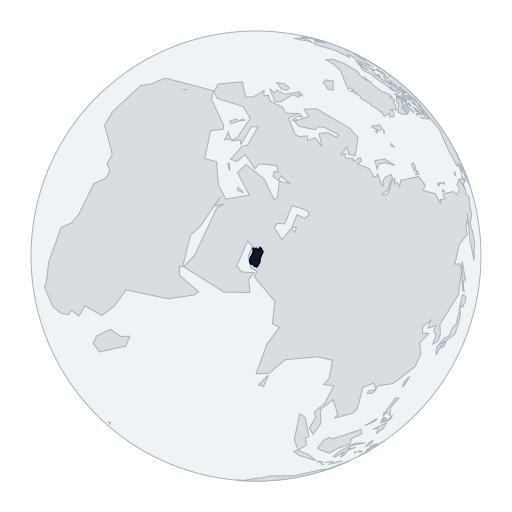 Fars highlighted on a globe, orthographic projection, rotated 52°
{"feature_id": "IRN-3212", "entity_name": "Fars", "entity_type": "Province", "adm_level": 1, "iso_a3": "IRN", "parent_name": "Iran", "parent_adm1": "", "projection": "orthographic", "projection_center": [52.93, 29.426], "detail": "fine", "context": "on_globe", "style": "filled", "palette": "ink", "viewbox_px": 512, "rotation_deg": 52, "n_neighbors": 0, "source": "natural_earth", "source_scale": "10m", "svg_char_len": 11935}
<svg xmlns="http://www.w3.org/2000/svg" viewBox="0 0 512 512"><g transform="rotate(52 256 256)"><circle cx="256" cy="256" r="225" fill="#eef3f6" stroke="#a8b0b8"/><path d="M283.4,32.4L293.6,34.0L304.2,36.0L299.2,35.2L318.2,39.5L334.2,44.7L317.6,39.3L314.1,38.5L323.0,41.2L321.3,41.0L324.7,42.4L321.9,42.2L311.3,39.3L309.3,39.3L315.7,41.3L316.9,42.8L307.8,39.7L309.1,42.2L291.5,39.3L269.3,33.6L257.4,34.1L229.0,34.4L229.4,35.1L219.0,36.6L215.6,38.1L211.3,38.3L212.4,39.5L216.9,39.1L218.9,39.6L217.4,40.6L211.6,40.9L211.5,40.4L209.0,41.1L206.8,40.8L207.0,41.6L200.2,42.1L204.6,43.3L197.2,45.2L193.3,45.2L196.8,42.9L196.6,39.3L193.8,39.7L186.2,41.9L165.3,50.1L160.8,51.9L152.5,55.9L153.5,55.6L160.3,52.5L160.1,53.5L168.5,50.2L169.7,50.4L177.1,48.5L172.5,51.4L164.1,55.5L157.7,57.5L153.8,59.6L157.1,60.2L142.6,67.0L128.4,77.5L125.0,79.4L123.3,77.5L130.4,70.5L128.3,70.5L126.1,73.5L117.7,79.1L114.8,81.5L113.2,83.2L115.1,82.4L111.5,85.3L112.2,82.8L115.5,80.1L115.2,80.8L118.5,77.8L118.8,77.4L131.7,68.1L145.3,59.8L159.4,52.5L174.0,46.2L189.0,40.9L204.4,36.7L220.0,33.6L235.8,31.6L251.7,30.8L267.6,31.0L283.4,32.4ZM325.7,42.7L327.6,43.2L328.5,43.8L325.7,42.7ZM179.1,47.1L178.1,47.8L177.2,47.8L179.1,47.1ZM183.2,45.8L182.9,45.3L184.8,44.6L185.0,44.9L183.2,45.8ZM325.1,44.1L326.0,45.2L323.2,43.5L325.1,44.1ZM183.1,46.6L188.3,43.5L191.7,42.5L195.0,42.9L183.1,46.6ZM325.3,45.5L327.5,48.8L332.0,50.0L320.5,48.9L322.4,46.1L318.3,43.7L322.7,45.3L325.3,45.5ZM219.1,38.5L214.1,39.0L219.7,37.7L219.1,38.5ZM222.2,37.6L236.4,34.1L243.0,34.3L236.9,35.2L246.5,35.2L242.7,36.9L236.5,37.4L233.0,36.8L234.3,38.0L222.2,37.6ZM313.8,48.1L312.8,48.7L311.8,47.6L313.8,48.1ZM220.2,39.7L222.5,38.8L228.3,38.8L224.8,40.7L224.0,40.1L220.2,39.7ZM250.9,34.5L254.6,35.1L252.5,36.6L253.7,37.2L243.2,37.0L250.9,34.5ZM221.9,40.6L222.8,41.8L218.7,42.8L218.3,40.6L221.9,40.6ZM231.3,38.1L233.9,38.3L231.3,38.8L231.3,38.1ZM204.4,47.9L207.1,46.4L210.3,46.2L204.4,47.9ZM223.5,42.1L224.9,41.8L226.5,41.7L226.2,42.7L223.5,42.1ZM242.4,38.3L240.8,39.0L246.7,38.4L245.4,39.9L238.5,39.7L240.9,40.4L240.5,40.9L235.4,40.2L242.4,38.3ZM230.7,43.5L221.6,44.2L216.1,46.9L213.0,47.0L222.5,42.8L230.7,43.5ZM233.9,41.5L231.3,42.7L228.8,42.1L229.1,40.9L233.9,41.5ZM246.9,41.1L250.7,38.9L252.0,39.0L246.9,41.1ZM229.6,44.3L231.8,44.1L229.5,44.5L229.6,44.3ZM242.1,42.1L243.3,41.2L244.8,41.4L242.1,42.1ZM235.3,44.7L232.4,44.8L232.5,44.0L235.3,44.7ZM238.8,43.6L240.6,44.1L234.3,43.6L239.1,43.1L238.8,43.6ZM243.4,42.4L244.6,42.3L242.7,42.8L243.4,42.4ZM236.5,48.2L228.5,47.8L228.8,45.7L236.5,46.3L236.5,48.2ZM53.9,279.6L50.6,241.7L56.0,232.6L59.7,218.1L99.5,187.8L105.0,194.7L132.9,200.9L135.9,204.1L129.3,214.6L147.6,236.5L157.4,229.0L177.3,242.1L192.6,244.7L203.9,223.9L178.8,219.1L177.7,207.6L200.4,202.2L222.7,207.1L223.0,202.9L211.6,191.5L219.5,184.8L208.0,187.0L210.6,191.8L203.4,193.6L200.6,189.4L203.5,187.0L197.5,183.9L185.2,197.0L186.6,203.3L169.3,202.1L169.8,212.9L164.1,216.3L161.0,199.6L163.5,194.4L155.4,174.8L151.3,180.1L158.6,199.2L155.1,196.8L149.6,205.1L151.0,197.0L144.0,175.7L130.3,174.1L107.9,189.6L100.8,187.9L97.1,180.1L110.2,159.7L124.4,166.1L129.2,159.9L130.5,147.9L134.7,151.1L137.0,147.3L142.8,149.5L155.1,143.4L161.6,144.9L170.4,134.2L175.0,133.8L168.5,140.0L167.4,145.6L184.1,150.2L188.5,148.7L192.9,141.6L196.9,144.2L199.0,136.8L210.6,136.6L198.3,131.0L203.1,123.5L212.2,119.3L211.6,116.1L196.7,123.0L192.8,126.9L192.9,131.6L180.3,142.4L173.7,142.8L178.6,128.4L169.8,127.7L177.4,117.6L212.8,103.6L225.6,102.7L238.2,116.3L233.0,120.3L225.8,117.2L228.8,126.8L230.3,122.7L233.6,125.2L239.1,119.5L241.7,121.0L242.4,113.2L246.3,114.5L245.8,119.4L257.1,112.9L266.2,114.4L267.5,112.3L266.3,109.6L278.6,113.7L279.0,112.0L275.1,110.0L273.4,105.4L275.2,99.2L279.4,100.9L279.3,103.4L285.4,111.6L284.5,118.5L286.4,118.7L288.1,113.2L280.7,103.0L280.6,98.9L284.9,103.1L283.4,101.2L284.6,99.7L289.7,100.1L285.4,95.3L293.5,79.0L304.3,78.8L307.2,83.9L317.3,76.4L328.6,78.1L325.0,76.0L327.4,71.8L323.9,71.2L322.4,69.9L327.0,60.6L331.2,60.3L329.2,55.2L327.3,54.3L324.0,54.1L320.5,48.9L332.0,50.0L335.6,51.9L340.4,51.8L347.9,56.4L356.4,60.7L361.8,66.7L368.0,70.1L369.2,69.8L378.5,74.6L393.6,86.8L376.3,78.2L352.6,63.1L361.8,69.1L358.2,68.4L360.6,71.1L367.3,75.6L369.0,75.6L371.9,88.5L384.9,104.5L387.6,100.3L393.9,102.7L411.1,120.4L423.0,153.1L431.5,159.2L435.0,164.9L434.3,171.0L429.1,162.7L424.4,162.1L421.6,156.9L418.7,164.9L414.5,157.8L414.4,168.1L419.4,172.5L423.4,167.5L425.1,180.3L434.9,186.7L441.0,198.5L441.0,226.4L433.6,239.2L434.2,243.5L428.7,241.5L425.2,252.4L438.5,270.0L439.5,276.5L432.1,293.7L431.2,289.1L416.7,283.7L416.7,300.0L427.9,307.9L431.8,320.8L424.4,319.9L420.1,308.7L415.0,306.4L414.4,292.7L406.3,274.7L398.8,281.8L397.5,273.5L385.3,260.0L373.4,269.4L355.7,296.8L356.4,317.8L348.9,328.5L332.2,301.5L326.7,281.6L319.4,284.7L303.3,269.0L271.8,270.2L268.5,264.8L262.3,267.5L251.1,262.1L246.4,253.0L239.1,253.5L251.9,277.2L259.9,276.8L268.1,267.7L270.0,276.1L281.0,283.2L264.8,303.5L219.9,319.6L217.5,303.6L193.6,256.4L195.4,251.6L195.4,251.0L195.2,249.9L191.0,257.6L187.6,248.2L198.2,281.1L199.1,294.5L219.3,320.5L216.9,322.7L224.0,328.1L249.0,323.3L248.7,328.5L235.7,351.5L202.7,379.2L208.3,398.8L207.9,414.1L190.0,421.4L194.3,432.5L185.4,434.7L186.6,440.3L181.1,444.8L170.7,447.3L150.2,441.6L146.8,436.4L133.3,423.3L113.6,392.0L116.5,380.7L113.7,369.4L99.2,339.2L102.2,326.1L98.8,318.4L91.6,316.6L88.0,307.3L83.9,305.0L59.7,294.8L53.9,279.6ZM82.4,207.5L80.5,211.5L82.4,207.5ZM244.4,223.9L259.1,225.5L256.0,211.3L261.4,210.9L258.3,206.5L255.7,210.3L248.7,198.2L256.3,194.5L256.3,188.5L251.3,187.8L238.5,196.5L248.4,213.6L243.5,219.0L244.4,223.9ZM117.6,79.2L117.5,79.5L115.2,81.6L115.0,81.4L117.6,79.2ZM113.1,87.9L107.4,92.4L111.3,88.8L109.8,89.0L116.3,82.2L123.6,80.0L119.2,82.0L113.1,87.9ZM127.0,73.3L122.0,77.4L127.2,73.1L127.0,73.3ZM143.9,126.2L144.5,129.6L140.2,133.2L132.0,132.9L138.1,127.5L143.9,126.2ZM146.3,133.8L153.5,120.5L158.9,120.7L154.6,122.8L157.5,124.2L151.4,128.0L149.6,141.8L145.8,146.0L132.7,142.2L139.1,140.8L138.1,137.3L146.3,133.8ZM162.1,91.7L165.3,87.4L172.9,93.1L169.1,96.5L160.6,96.0L160.2,91.7L162.1,91.7ZM188.0,48.6L188.8,47.6L190.4,47.4L191.1,48.0L188.0,48.6ZM205.4,47.2L186.6,53.0L186.5,52.0L175.6,57.3L171.1,57.0L178.2,53.5L166.6,57.6L171.2,54.3L163.4,57.5L179.8,49.6L183.5,47.3L181.2,49.9L185.2,50.1L188.1,49.5L199.1,46.3L209.1,42.1L214.8,42.1L216.1,43.3L214.6,44.4L211.4,43.9L211.6,45.6L205.8,45.8L205.4,47.2ZM228.6,65.3L225.6,63.0L225.1,69.1L219.3,68.2L219.6,69.0L214.1,70.0L207.9,72.8L205.8,71.9L204.3,73.4L200.6,74.3L197.9,76.2L193.1,75.5L189.4,77.8L189.2,76.2L184.1,80.5L185.7,77.0L181.1,78.3L181.9,81.0L162.5,75.3L153.1,76.6L144.4,79.8L148.4,74.2L159.1,67.8L172.4,62.7L180.9,62.6L181.2,60.4L185.3,59.9L183.4,61.9L188.9,58.5L191.8,58.7L203.6,55.9L209.7,51.7L214.2,50.8L213.2,52.5L218.4,50.5L219.6,53.4L222.8,52.9L227.3,55.6L223.6,59.8L227.5,59.0L231.1,61.4L228.6,65.3ZM237.6,49.0L234.5,53.5L229.8,55.5L224.0,50.0L220.8,50.1L217.0,47.3L223.9,44.7L224.3,45.7L226.4,46.1L223.4,46.7L227.4,46.5L228.1,48.0L231.4,48.3L229.5,49.6L237.6,49.0ZM141.2,201.2L143.9,202.7L148.5,203.6L145.1,209.1L141.2,201.2ZM136.2,186.7L138.9,186.9L136.3,194.5L133.6,193.3L136.2,186.7ZM142.5,180.8L139.2,186.3L139.4,182.6L142.5,180.8ZM171.2,140.0L174.3,140.0L173.8,141.8L171.1,143.9L171.2,140.0ZM225.9,85.4L224.9,83.3L226.4,82.7L228.7,77.6L233.2,78.2L233.5,81.5L225.9,85.4ZM198.4,226.9L192.7,230.3L190.9,227.9L193.2,227.2L198.4,226.9ZM166.7,219.9L172.9,224.4L165.7,221.4L166.7,219.9ZM231.2,85.2L231.6,83.0L233.6,84.7L231.2,85.2ZM236.6,78.4L239.2,80.0L234.0,77.7L236.6,78.4ZM297.1,473.6L299.4,474.0L295.6,474.6L297.1,473.6ZM246.7,414.2L235.2,438.6L224.4,438.0L220.9,430.8L224.1,415.9L236.1,412.1L241.6,404.9L246.7,414.2ZM459.0,332.9L461.5,331.1L461.2,332.1L459.0,332.9ZM456.5,332.6L459.7,329.9L455.6,335.0L456.5,332.6ZM460.9,328.8L464.1,324.0L465.6,321.2L465.1,323.2L460.9,328.8ZM454.2,334.7L439.6,344.9L433.3,346.4L435.3,342.2L445.5,336.6L454.2,334.7ZM434.7,342.4L424.4,338.9L407.1,318.7L413.4,316.6L430.8,325.4L429.8,328.8L436.1,332.7L434.7,342.4ZM457.8,310.2L456.6,319.5L449.0,324.6L445.3,325.8L442.8,316.4L444.2,309.8L447.4,307.9L457.3,280.2L461.3,281.9L458.8,292.7L461.9,297.8L457.8,310.2ZM357.5,319.5L363.5,330.3L359.2,333.3L357.5,319.5ZM459.5,263.0L456.7,275.0L458.7,260.4L459.5,263.0ZM459.5,250.3L460.6,254.5L458.3,251.7L459.5,250.3ZM435.8,249.6L432.5,252.8L431.6,249.8L435.2,243.9L435.8,249.6ZM445.6,208.7L448.9,217.8L449.5,221.3L446.3,216.9L445.6,208.7ZM270.1,90.8L261.9,96.9L259.0,102.5L262.0,107.2L254.2,103.5L258.7,94.9L270.1,90.8ZM290.2,80.1L287.5,76.5L291.0,76.8L292.0,77.6L290.2,80.1ZM287.0,78.9L279.4,77.1L279.4,74.4L285.4,76.2L287.0,78.9ZM255.1,80.2L252.4,81.9L250.8,80.3L255.1,80.2ZM426.7,403.0L423.2,406.9L420.7,409.1L425.6,403.3L431.9,391.4L433.2,390.6L437.7,380.9L452.6,361.3L464.6,336.0L467.8,331.3L473.3,313.8L475.0,308.9L470.1,326.0L463.9,342.7L456.4,358.8L447.7,374.3L437.8,389.1L426.7,403.0ZM465.0,327.2L469.1,316.8L470.7,314.1L465.0,327.2ZM478.0,294.2L477.9,294.8L478.8,289.2L479.4,284.1L477.3,289.1L476.9,286.6L478.2,281.3L476.0,283.0L478.5,275.9L479.0,281.9L480.1,272.4L480.9,268.6L480.9,268.3L478.0,294.2ZM477.3,293.9L477.7,292.9L477.1,296.2L477.3,293.9ZM472.3,297.0L472.0,299.5L471.2,299.1L472.3,297.0ZM473.5,294.0L475.8,292.3L473.2,296.3L473.5,294.0ZM463.8,298.0L464.8,302.3L468.2,295.2L465.6,302.9L467.3,309.3L466.3,313.5L464.7,306.3L463.2,317.1L461.6,318.4L461.3,310.8L463.2,298.9L464.8,293.0L470.6,284.8L463.8,298.0ZM473.7,287.4L473.0,282.2L473.4,277.2L474.3,279.3L473.7,287.4ZM469.8,270.1L466.6,265.5L464.6,270.8L467.7,255.6L470.4,262.4L469.8,270.1ZM465.7,256.3L463.9,261.2L465.1,252.9L465.7,256.3ZM462.9,259.3L461.7,254.5L463.6,253.3L462.9,259.3ZM466.8,255.4L465.5,246.3L467.3,250.4L466.8,255.4ZM458.4,243.8L464.1,248.3L458.4,249.8L453.8,233.4L455.9,230.9L458.4,243.8ZM442.7,166.0L439.8,162.0L440.5,159.1L442.3,162.6L442.7,166.0ZM440.0,147.3L439.7,157.0L439.0,165.6L441.2,166.3L444.7,175.0L439.1,169.9L436.6,158.4L437.9,153.4L434.1,146.6L432.7,139.9L426.9,132.9L425.0,128.6L430.6,133.6L440.0,147.3ZM424.3,130.1L413.7,117.2L416.9,115.5L419.9,117.9L423.4,124.4L421.6,124.9L424.3,130.1ZM412.1,113.8L410.2,114.3L390.6,100.1L387.2,96.8L403.8,105.8L402.9,106.9L407.1,111.0L412.1,113.8ZM315.2,49.4L313.0,48.8L315.0,48.8L315.2,49.4ZM320.4,69.7L318.6,68.0L321.1,67.8L320.4,69.7ZM315.1,63.4L313.6,64.7L313.5,62.5L315.1,63.4ZM310.4,68.2L312.1,64.9L313.0,69.2L310.4,68.2Z" fill="#d9dde1" stroke="#a8b0b8" stroke-width="1"/><path d="M253.4,247.0L253.5,247.1L253.5,247.5L254.4,247.8L254.7,247.8L255.8,247.5L256.7,247.8L257.2,248.3L257.6,248.8L258.4,250.8L259.0,251.8L259.5,252.4L259.7,252.7L259.8,253.6L259.9,253.8L260.4,254.2L261.1,254.5L261.2,254.9L261.5,255.5L261.6,255.8L261.9,255.9L262.6,256.0L262.8,256.1L263.6,257.8L263.8,258.4L263.8,258.5L263.7,258.6L263.7,258.8L264.7,259.8L264.8,260.0L264.8,260.4L264.7,261.1L264.6,261.3L265.0,261.6L265.1,261.9L265.1,262.1L265.0,262.3L264.9,262.3L264.7,262.3L264.4,262.4L263.9,262.7L263.8,262.9L263.6,263.2L263.4,263.4L263.0,263.6L262.1,263.4L261.8,263.5L261.6,263.6L261.4,263.5L261.2,263.5L260.3,263.6L259.9,263.7L259.8,263.9L259.7,264.3L259.7,264.5L259.6,264.8L259.2,265.0L258.2,264.8L257.8,264.9L257.7,264.8L257.4,264.6L256.5,264.5L256.2,264.2L255.4,263.5L255.0,263.1L254.5,262.5L254.1,261.5L253.8,261.2L253.7,261.1L253.5,260.9L253.0,259.5L252.9,259.1L251.4,256.2L251.1,255.9L250.8,255.8L250.6,255.6L250.3,255.2L250.2,254.7L249.9,254.5L249.5,254.3L248.7,254.3L248.5,254.2L248.3,253.8L248.2,253.6L248.1,253.3L248.1,253.1L248.4,253.0L249.0,253.1L250.1,252.5L250.1,252.4L250.1,252.2L250.0,251.9L250.0,251.5L249.9,251.1L250.0,251.1L250.3,251.1L250.6,251.3L250.8,251.5L251.3,251.6L251.5,251.6L251.7,251.4L251.7,251.2L251.6,250.7L251.9,250.6L252.0,250.6L252.0,250.3L252.0,249.9L252.3,249.2L252.4,248.8L252.4,248.5L252.4,248.3L252.2,248.1L251.9,248.0L251.8,247.9L251.7,247.7L252.0,247.7L252.3,247.7L252.7,247.4L252.8,247.3L253.4,247.0Z" fill="#0f172a" stroke="#020617" stroke-width="1.5"/></g></svg>